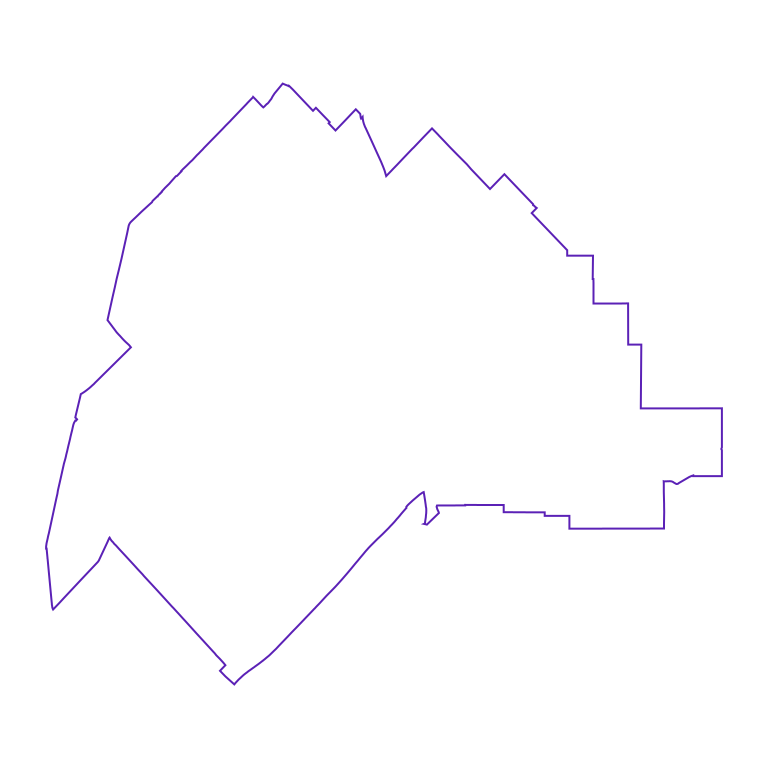 Gosnells, Western Australia, Australia (Natural Earth projection)
{"feature_id": "25037944B22326870513085", "entity_name": "Gosnells", "entity_type": "district", "adm_level": 2, "iso_a3": "AUS", "parent_name": "Australia", "parent_adm1": "Western Australia", "projection": "natural_earth1", "projection_center": [115.98, -32.068], "detail": "fine", "context": "isolated", "style": "outline", "palette": "violet", "viewbox_px": 768, "rotation_deg": 0, "n_neighbors": 0, "source": "geoboundaries", "source_scale": "gbopen_adm2", "svg_char_len": 5945}
<svg xmlns="http://www.w3.org/2000/svg" viewBox="0 0 768 768"><path d="M721.9,466.6L721.9,459.4L721.9,450.1L721.3,449.0L721.9,447.4L721.9,439.4L721.9,408.3L689.0,408.4L671.9,408.4L669.8,408.4L663.6,408.4L655.4,408.4L640.8,408.4L641.3,344.6L628.2,344.6L628.1,303.4L621.8,303.5L593.5,303.5L593.5,283.1L593.4,279.0L592.7,279.0L593.0,255.7L567.2,255.7L567.2,250.2L531.7,213.1L536.7,208.0L536.3,207.7L535.0,206.7L534.1,205.7L533.7,205.5L533.1,205.2L533.1,204.2L526.1,196.9L521.5,192.1L504.4,174.2L490.0,189.0L481.9,180.5L471.2,169.3L466.9,164.3L457.1,154.5L452.2,149.5L451.1,148.4L448.8,146.0L445.5,142.5L443.9,140.8L438.9,135.6L438.4,135.0L432.0,128.4L423.2,137.5L421.5,139.3L417.6,143.4L413.5,147.7L412.4,148.7L403.7,157.8L402.0,159.6L396.8,165.1L396.3,165.6L392.8,169.2L391.6,170.5L388.3,173.9L386.2,176.1L386.0,175.4L385.2,172.7L384.6,170.6L383.8,168.5L383.0,166.4L382.1,164.3L382.0,164.0L381.0,161.6L376.6,152.0L375.2,148.9L371.8,141.4L365.6,127.9L365.1,127.0L364.7,126.0L364.3,124.9L363.9,123.9L363.6,122.8L363.3,121.8L363.1,120.7L362.9,119.6L362.7,118.3L362.6,116.9L361.8,117.9L361.1,118.6L360.8,117.9L360.2,113.9L358.8,112.4L355.8,109.3L350.7,114.6L345.7,119.9L340.6,125.2L335.5,130.5L328.6,123.3L329.7,122.1L322.7,114.9L320.5,112.6L316.2,108.1L315.9,107.8L313.0,110.8L312.7,110.5L307.5,105.0L307.2,104.7L298.0,95.0L292.8,89.5L288.9,85.7L288.6,85.6L288.4,86.0L287.9,85.7L285.0,84.6L282.7,83.6L274.5,93.5L272.5,96.6L271.3,98.9L269.6,101.0L269.4,101.4L269.0,101.9L268.3,102.8L267.5,103.6L267.3,103.8L266.9,103.9L266.1,104.7L264.4,106.5L263.3,107.4L262.3,106.5L261.0,105.2L259.8,103.9L255.5,99.3L253.1,96.9L252.9,97.3L247.1,103.3L246.8,103.7L230.9,120.3L230.6,120.7L225.7,125.6L222.6,128.9L214.0,137.7L213.6,138.1L213.2,138.5L204.1,147.8L202.6,149.5L200.7,151.4L198.6,153.6L197.1,155.0L192.3,160.2L190.4,161.9L186.6,165.7L182.9,169.2L181.1,171.1L181.4,171.4L179.8,173.0L177.0,175.9L175.9,176.2L171.1,181.6L169.3,183.7L165.0,187.9L164.3,188.7L161.8,191.4L161.4,192.0L161.6,192.1L160.1,193.7L159.9,193.6L158.1,195.6L157.9,195.8L157.8,196.0L157.7,196.3L157.4,196.3L157.2,196.5L154.6,199.0L152.6,200.9L152.0,202.2L149.4,204.5L144.6,208.9L143.8,209.6L141.2,212.0L140.5,212.7L135.2,217.8L133.7,219.2L131.4,221.4L131.0,221.8L130.6,222.2L130.2,222.7L129.6,223.6L129.1,224.6L128.7,225.7L127.2,233.0L125.9,238.9L121.7,257.8L121.6,258.3L118.8,270.1L116.8,278.2L116.7,278.6L114.8,287.4L112.5,297.4L107.5,320.1L116.7,332.4L117.9,333.7L118.8,334.7L119.9,335.8L121.5,337.6L122.2,338.4L123.9,340.2L125.5,341.8L127.8,343.9L129.1,345.1L130.4,346.7L130.9,347.3L103.9,374.0L95.1,382.7L93.8,384.1L92.3,385.4L90.8,386.8L89.3,388.1L87.8,389.3L86.4,390.4L84.5,391.8L81.7,393.6L80.8,394.1L80.0,397.7L76.0,414.3L75.3,417.5L76.8,419.0L77.1,419.4L76.3,420.3L76.0,420.7L75.4,420.5L74.6,421.8L74.0,422.9L73.4,424.6L73.0,426.2L72.2,429.8L72.0,430.7L71.4,433.0L70.8,435.5L70.4,437.2L70.1,438.7L69.5,441.2L69.3,442.0L68.8,444.1L68.6,444.8L67.7,448.7L67.6,449.2L67.4,450.0L67.2,451.0L66.5,453.7L66.2,454.9L66.0,456.0L65.4,458.5L63.9,463.8L63.6,465.2L63.1,467.4L61.1,476.4L59.2,484.8L57.9,490.5L57.4,493.8L56.2,499.1L52.9,514.5L49.7,529.4L48.8,533.5L48.7,533.9L48.3,535.4L47.9,537.2L47.7,538.3L47.1,540.9L46.9,541.7L46.5,543.6L46.4,544.5L46.2,545.8L46.1,546.8L46.1,547.8L46.1,548.6L46.6,548.6L47.5,558.0L47.5,558.3L47.5,558.6L47.6,558.9L48.9,572.8L51.6,601.4L51.8,603.1L51.9,604.8L52.1,605.7L52.3,607.4L52.8,608.9L53.1,609.5L59.4,602.9L64.2,597.7L80.6,580.2L97.3,562.5L97.7,562.1L98.3,561.3L98.9,560.4L99.3,559.5L107.4,542.2L109.2,538.1L109.6,537.6L109.9,538.1L110.2,538.7L110.4,539.1L110.8,539.6L111.1,540.1L111.3,540.4L111.5,540.7L111.8,540.9L112.0,541.3L113.0,542.2L113.3,542.6L113.8,543.3L114.2,543.8L115.9,545.4L119.4,549.3L124.7,555.0L124.8,555.1L132.9,563.9L133.0,564.0L137.9,569.4L142.5,574.3L144.0,576.1L154.0,586.9L161.8,595.4L172.1,606.7L173.3,607.9L188.8,624.9L196.3,633.2L213.8,652.3L214.5,653.0L215.1,653.8L215.8,654.6L216.1,655.1L219.8,658.8L223.6,663.0L225.4,665.2L222.4,668.3L220.0,670.8L225.4,676.4L234.3,684.4L235.7,682.7L237.3,681.0L238.5,679.7L241.3,677.1L242.9,675.6L244.3,674.4L246.0,673.1L247.1,672.3L248.3,671.3L250.6,669.7L258.8,663.8L264.6,659.3L266.6,657.6L268.7,655.9L269.7,655.0L274.0,650.8L276.1,648.8L278.8,645.9L281.2,643.4L288.0,636.3L291.1,633.0L293.7,630.3L297.8,626.1L306.1,617.4L312.9,610.3L314.1,609.0L314.5,608.7L316.4,606.6L319.7,603.2L321.7,601.0L326.5,595.8L335.4,586.7L339.3,582.4L341.9,579.5L343.1,578.1L347.0,573.6L349.1,571.1L351.7,568.0L353.9,565.3L355.8,563.0L357.7,560.8L359.0,559.2L360.3,557.6L362.6,554.9L363.6,553.7L364.9,552.1L366.1,550.7L367.2,549.5L368.4,548.1L370.6,545.8L372.0,544.4L373.1,543.3L374.5,541.9L376.0,540.4L377.7,538.7L378.8,537.7L382.5,534.2L383.6,533.1L384.6,532.1L385.5,531.2L386.6,530.1L388.5,528.2L389.6,527.0L390.6,525.9L391.9,524.6L394.4,521.9L397.0,518.8L398.4,517.3L399.0,516.5L399.7,515.8L400.6,514.6L401.6,513.4L402.9,511.9L404.2,510.4L405.2,509.3L405.9,508.4L406.4,508.0L406.3,506.9L407.5,505.4L408.9,504.0L412.7,500.5L419.6,494.6L422.7,492.5L423.7,492.1L424.3,495.6L425.1,500.7L425.7,504.9L425.9,506.7L426.2,508.1L426.3,510.4L426.2,513.3L426.0,514.8L425.8,517.4L425.2,521.2L424.9,523.5L424.0,523.9L426.2,524.4L426.9,524.6L427.0,524.5L438.9,513.0L438.6,511.9L437.3,509.2L437.1,508.4L436.6,506.8L437.0,505.5L437.4,505.5L464.8,505.4L465.2,505.4L465.2,504.9L482.3,505.0L485.4,505.0L503.7,505.0L503.7,512.2L506.5,512.2L525.7,512.3L544.7,512.3L544.7,515.9L563.4,515.9L569.4,515.9L569.4,528.7L575.4,528.7L581.5,528.7L593.0,528.7L606.6,528.6L621.1,528.6L631.2,528.6L646.4,528.6L657.1,528.5L664.0,528.5L664.0,523.0L664.2,512.0L664.1,506.4L664.1,503.8L663.8,491.9L663.8,484.1L663.7,481.3L664.0,481.4L670.1,481.2L670.9,481.3L671.7,481.4L672.4,481.7L673.1,482.0L673.4,482.3L676.0,483.8L676.5,484.0L677.0,484.0L677.4,483.9L677.9,483.8L678.3,483.5L678.6,483.2L688.2,477.6L689.4,476.9L690.6,476.4L691.2,476.1L693.2,475.4L693.2,476.1L721.9,476.1L721.9,466.6Z" fill="none" stroke="#5b21b6" stroke-width="2"/></svg>